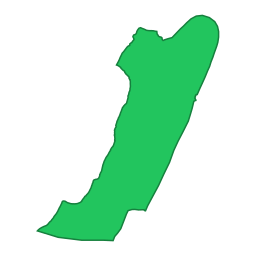 Mad, Vientiane, Laos
{"feature_id": "54806243B62258390491570", "entity_name": "Mad", "entity_type": "district", "adm_level": 2, "iso_a3": "LAO", "parent_name": "Laos", "parent_adm1": "Vientiane", "projection": "albers", "projection_center": [101.829, 18.685], "detail": "fine", "context": "isolated", "style": "filled", "palette": "green", "viewbox_px": 256, "rotation_deg": 0, "n_neighbors": 0, "source": "geoboundaries", "source_scale": "gbopen_adm2", "svg_char_len": 5450}
<svg xmlns="http://www.w3.org/2000/svg" viewBox="0 0 256 256"><path d="M197.2,94.5L200.0,88.1L202.5,82.7L205.2,76.7L207.6,70.8L209.6,66.4L211.0,61.9L212.9,57.1L214.1,53.4L216.7,46.2L217.8,42.4L218.6,37.1L218.6,31.5L217.5,26.4L214.8,21.7L209.4,17.6L202.4,15.4L196.2,16.1L191.0,18.9L186.7,22.8L183.4,26.2L180.5,28.8L172.1,37.6L168.4,38.6L164.6,39.8L163.1,40.5L162.3,39.7L161.9,37.7L160.9,37.0L159.8,36.9L158.5,36.2L157.9,35.0L157.1,33.9L156.8,31.4L155.2,31.2L153.4,30.8L151.8,30.7L150.4,30.7L148.6,30.6L146.5,30.3L144.5,29.3L141.9,28.3L140.6,27.7L139.0,28.2L138.3,29.1L137.5,30.2L136.9,31.4L136.3,33.5L135.5,34.3L134.6,34.7L133.7,35.0L133.3,35.7L132.9,36.7L133.1,37.2L133.6,38.1L134.0,39.5L133.5,40.2L132.5,41.3L131.8,42.5L130.9,43.0L129.9,43.8L129.7,44.7L129.7,45.5L128.8,45.8L127.6,46.5L126.7,47.6L124.5,50.5L123.8,51.5L122.2,53.2L121.3,55.2L120.2,57.4L119.2,59.9L118.1,62.1L116.5,65.0L117.3,65.3L117.6,65.4L118.3,65.8L118.9,66.1L119.1,66.3L119.4,66.6L119.7,66.8L120.2,67.0L120.4,67.1L120.6,67.3L120.7,67.5L120.8,67.6L120.9,67.9L121.0,68.1L121.0,68.3L121.3,68.6L121.8,69.0L122.1,69.3L122.3,69.5L122.8,70.0L123.4,70.6L123.6,70.6L123.9,70.7L124.0,70.7L124.3,71.1L124.5,71.3L124.6,71.5L124.7,71.8L124.8,72.3L124.9,72.5L125.0,72.8L125.3,73.0L125.5,73.1L125.6,73.3L125.7,73.5L125.8,73.8L125.9,74.0L126.7,74.7L126.9,74.9L127.2,75.1L127.3,75.2L127.4,75.4L127.5,75.6L127.9,75.9L128.3,76.1L128.4,76.3L128.5,76.5L129.2,77.3L129.0,78.0L129.2,78.5L129.4,78.9L129.8,79.8L129.9,80.0L130.2,80.0L130.2,80.5L130.2,80.9L130.3,81.3L130.4,82.1L130.3,82.5L130.3,83.5L130.4,85.5L130.4,86.3L130.4,86.7L130.3,87.4L130.0,88.7L130.0,89.1L130.0,89.8L129.9,90.3L129.8,90.5L129.7,91.1L129.5,91.3L129.1,92.2L129.0,92.7L128.9,93.0L128.8,93.8L128.7,94.1L128.6,94.4L128.6,94.8L128.4,95.1L128.2,95.4L128.1,95.7L128.0,95.9L128.0,96.3L128.0,96.7L128.1,97.8L128.0,98.0L127.9,98.3L127.8,98.7L127.5,99.7L127.3,100.4L127.1,101.3L127.1,101.5L126.8,102.0L126.8,102.3L126.6,102.9L126.5,103.2L126.4,103.5L126.0,103.8L125.7,104.0L125.2,104.4L124.9,104.7L124.4,105.3L124.2,105.5L123.8,105.9L123.6,106.2L123.5,106.4L123.1,107.0L122.9,107.2L122.6,107.4L122.0,109.1L121.7,109.9L121.5,110.3L121.5,110.6L121.3,111.1L121.1,111.6L120.8,112.2L120.6,112.6L120.5,113.0L120.2,113.9L120.2,114.2L120.0,114.4L119.9,114.7L119.8,115.3L119.6,115.7L119.4,115.9L119.4,116.2L119.3,116.4L119.2,116.7L118.7,117.3L118.5,117.8L118.4,118.1L118.2,118.3L118.2,118.6L118.2,118.9L118.1,119.2L118.0,119.4L117.8,119.6L117.7,119.8L117.5,120.3L117.4,120.8L117.2,120.9L117.0,121.2L116.9,121.8L116.7,122.7L116.4,123.6L116.3,123.9L115.9,125.1L115.8,125.4L115.9,125.8L116.0,126.1L116.1,126.4L116.0,126.7L116.0,127.0L115.8,127.2L115.6,127.6L115.4,127.9L115.1,128.4L115.0,128.5L115.0,128.9L115.0,129.1L114.9,129.4L114.6,129.8L114.5,130.1L114.5,130.6L114.7,130.9L114.7,131.2L114.7,131.6L114.6,132.1L114.6,132.9L114.7,134.3L114.8,134.8L114.7,135.0L114.6,135.3L114.4,135.3L114.7,136.4L114.8,137.6L115.0,138.8L114.8,139.0L114.7,139.7L114.7,140.3L114.7,140.5L115.1,140.9L114.6,141.8L114.6,142.0L113.5,145.3L112.9,146.3L112.9,146.6L112.5,146.8L111.6,147.9L111.0,148.9L110.6,149.6L110.5,149.8L110.6,150.2L109.9,151.2L109.3,152.2L108.8,153.1L108.4,154.0L107.5,155.5L106.7,156.5L106.0,157.6L105.4,158.8L104.9,160.0L104.5,160.6L104.1,161.5L103.8,162.5L103.7,162.8L103.3,163.9L103.3,164.2L102.9,164.9L102.7,166.0L102.4,167.2L102.1,168.6L101.9,169.3L101.9,169.8L101.8,170.2L101.4,171.4L100.9,172.3L100.5,172.9L100.2,173.9L99.9,174.4L99.7,174.8L99.7,175.3L99.7,175.8L99.5,176.4L98.7,178.1L97.9,178.8L97.1,179.2L95.9,179.3L94.7,179.7L94.1,179.9L93.8,180.1L93.3,180.9L93.1,181.3L93.1,181.6L93.2,182.0L93.1,182.4L92.5,183.3L92.2,184.5L91.7,185.7L91.4,186.6L91.1,187.7L89.6,190.6L89.4,191.2L88.7,192.3L87.9,193.5L86.9,194.5L86.3,195.2L86.0,195.8L85.5,196.0L85.0,196.3L84.5,197.0L84.3,197.4L83.2,198.8L82.7,199.4L82.2,200.2L81.8,200.8L81.8,201.2L81.3,201.5L80.8,202.1L80.1,202.5L79.7,202.7L79.1,202.9L77.6,203.5L76.5,203.7L75.5,203.8L74.7,203.9L73.8,203.8L72.6,203.9L72.0,203.7L71.5,203.8L70.6,203.6L68.3,202.9L67.8,202.8L66.8,202.3L65.6,201.5L65.0,201.2L64.3,201.1L63.6,201.0L63.0,201.1L62.6,201.3L62.3,201.6L62.1,202.1L61.9,202.7L61.8,203.2L61.6,203.5L61.4,203.9L61.0,204.7L60.6,205.6L59.5,207.7L59.1,208.2L58.9,208.9L58.5,209.6L58.1,210.5L57.7,211.4L57.1,212.3L56.5,213.5L55.9,214.2L55.6,214.5L55.0,215.4L54.1,216.4L53.6,217.5L52.8,218.6L51.9,219.6L51.6,220.1L51.1,220.8L50.6,221.3L50.0,221.7L49.3,222.5L48.9,223.0L48.6,223.3L48.4,223.6L48.1,224.0L47.9,224.2L47.5,224.6L46.4,225.5L45.2,226.0L44.8,226.1L43.8,226.5L43.4,226.7L41.4,227.7L39.9,228.6L39.5,228.9L38.2,230.0L37.4,230.9L58.2,237.3L81.8,240.2L103.5,240.2L113.1,240.6L114.7,236.5L117.6,233.1L120.8,228.7L126.5,213.9L128.1,210.6L132.0,209.5L134.8,209.4L138.6,209.9L143.9,209.7L143.9,210.0L144.0,210.1L144.4,210.3L144.7,210.5L145.0,210.8L145.5,210.8L146.4,208.7L147.7,205.7L153.0,195.8L158.6,185.4L163.8,174.1L169.5,162.4L173.8,150.4L178.1,141.1L182.9,131.9L188.3,121.1L190.3,114.6L192.1,108.5L193.8,101.4L194.1,101.1L194.5,101.0L194.6,100.9L194.8,100.7L195.0,100.6L195.3,100.5L195.6,100.5L195.8,100.5L195.9,100.4L195.9,100.2L195.8,99.8L195.7,99.6L195.5,99.4L195.4,99.2L195.2,98.8L195.1,98.7L195.1,98.4L195.1,98.2L195.0,98.3L194.9,98.4L194.8,98.2L195.0,97.8L195.0,97.3L195.1,97.2L195.1,96.9L195.1,96.7L195.4,96.6L195.4,96.3L195.4,96.0L195.5,95.8L195.5,95.6L195.9,95.3L196.1,95.1L196.1,94.6L196.3,94.5L196.6,94.6L197.0,94.5L197.2,94.5Z" fill="#22c55e" stroke="#15803d" stroke-width="1.5"/></svg>